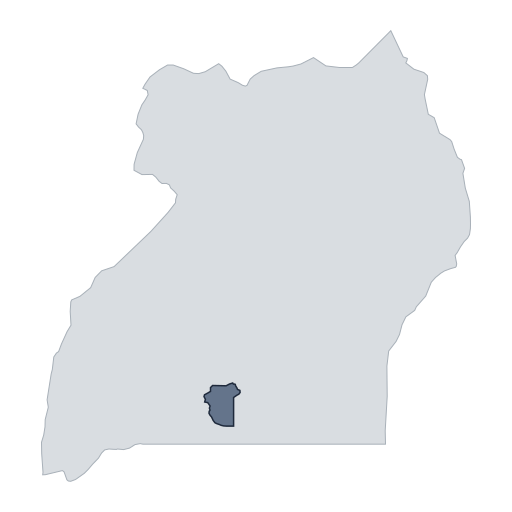 Uganda, with Masaka highlighted
{"feature_id": "UGA-3362", "entity_name": "Masaka", "entity_type": "District", "adm_level": 1, "iso_a3": "UGA", "parent_name": "Uganda", "parent_adm1": "", "projection": "orthographic", "projection_center": [31.848, -0.502], "detail": "fine", "context": "in_parent", "style": "filled", "palette": "slate", "viewbox_px": 512, "rotation_deg": 0, "n_neighbors": 0, "source": "natural_earth", "source_scale": "10m", "svg_char_len": 2815}
<svg xmlns="http://www.w3.org/2000/svg" viewBox="0 0 512 512"><path d="M385.5,444.2L376.8,444.2L362.7,444.2L348.7,444.2L334.6,444.2L320.5,444.2L306.4,444.2L292.3,444.2L278.2,444.2L264.1,444.2L250.1,444.2L236.0,444.2L221.9,444.2L207.8,444.2L193.7,444.2L179.6,444.2L165.5,444.2L151.4,444.2L143.1,444.2L141.5,443.9L140.3,443.6L135.0,444.6L129.5,448.1L123.6,449.6L117.4,449.0L116.6,449.4L113.4,449.3L108.9,449.0L104.7,449.9L101.6,453.0L98.4,458.2L92.6,464.2L88.1,469.5L84.3,473.3L75.5,479.5L70.7,481.3L68.3,481.0L66.9,479.8L64.1,471.9L62.4,470.6L45.3,474.7L42.7,474.8L43.0,472.3L41.7,453.7L41.5,442.3L43.7,435.1L45.0,426.9L45.2,419.6L48.3,407.2L47.1,399.8L51.2,373.8L52.3,369.6L53.8,357.0L56.4,353.1L58.6,351.6L61.5,343.9L67.1,331.6L71.0,325.2L70.2,311.4L70.8,301.9L71.7,299.9L80.0,296.3L90.7,287.6L95.2,277.4L101.7,270.8L114.1,266.6L150.9,231.4L168.0,212.5L175.5,202.8L175.7,199.3L177.2,194.7L174.2,191.2L170.6,187.9L169.4,184.9L166.4,183.4L162.0,183.5L159.1,181.3L155.8,177.1L152.5,174.4L142.0,174.6L134.0,170.3L134.1,164.3L137.3,152.6L143.4,139.3L143.7,135.6L142.8,132.4L141.4,129.7L138.6,127.1L136.1,123.9L138.1,114.2L141.9,104.8L145.1,100.1L148.1,94.8L147.3,90.5L142.8,88.3L145.1,84.1L150.0,77.0L159.4,69.8L167.6,65.0L173.1,65.0L183.8,68.8L193.5,73.3L198.8,73.6L205.3,71.7L218.7,63.7L221.9,66.2L225.8,71.1L230.1,79.1L238.5,82.8L242.5,85.3L245.4,86.1L247.0,85.4L250.2,79.1L254.1,75.6L261.2,71.3L276.9,67.9L288.2,66.8L292.9,66.1L300.9,64.0L313.5,57.6L325.9,65.9L339.4,67.5L352.4,67.5L356.4,64.9L358.7,63.0L372.3,49.3L390.8,30.7L403.2,56.9L407.4,58.4L406.9,60.7L405.8,62.9L413.9,69.2L423.8,72.5L427.4,75.7L427.7,79.3L424.4,94.6L425.1,98.9L428.3,114.3L434.2,117.7L439.5,133.2L450.1,139.7L451.7,141.6L454.1,149.1L457.4,157.3L460.0,159.2L461.5,159.7L464.6,168.4L462.9,173.3L465.3,188.1L469.3,201.4L470.4,217.3L470.5,224.3L470.4,228.6L469.5,234.6L467.6,238.1L464.2,241.5L460.5,246.8L457.2,252.6L455.1,255.4L456.7,263.9L456.3,266.2L455.5,267.3L450.7,268.6L444.5,270.9L440.8,273.2L435.5,277.5L431.3,282.2L425.7,296.1L416.3,306.8L414.7,310.4L405.9,316.8L402.0,324.8L399.5,334.5L396.1,341.4L388.7,351.0L386.9,366.1L387.2,396.3L385.2,430.7L385.5,444.2Z" fill="#d9dde1" stroke="#a8b0b8" stroke-width="1"/><path d="M226.5,426.1L223.6,425.9L221.1,425.3L219.6,424.6L216.7,423.6L215.0,422.8L213.2,420.5L211.5,416.9L210.1,415.3L209.0,413.3L209.2,411.2L209.7,410.7L210.0,410.1L209.4,408.1L210.1,406.0L207.7,402.6L204.7,402.0L205.4,399.3L204.0,396.6L204.5,394.8L207.8,393.0L210.5,391.4L210.5,387.6L212.6,385.5L226.1,385.8L229.5,384.0L232.7,383.0L233.1,383.8L233.4,384.1L233.9,384.1L234.6,384.1L235.2,384.3L235.4,384.8L235.5,385.4L235.7,386.0L236.3,386.9L237.0,388.1L237.5,389.4L239.9,390.4L240.1,392.5L238.8,394.2L236.9,395.2L235.3,396.3L233.6,397.5L233.6,426.1L226.5,426.1Z" fill="#64748b" stroke="#1e293b" stroke-width="1.5"/></svg>